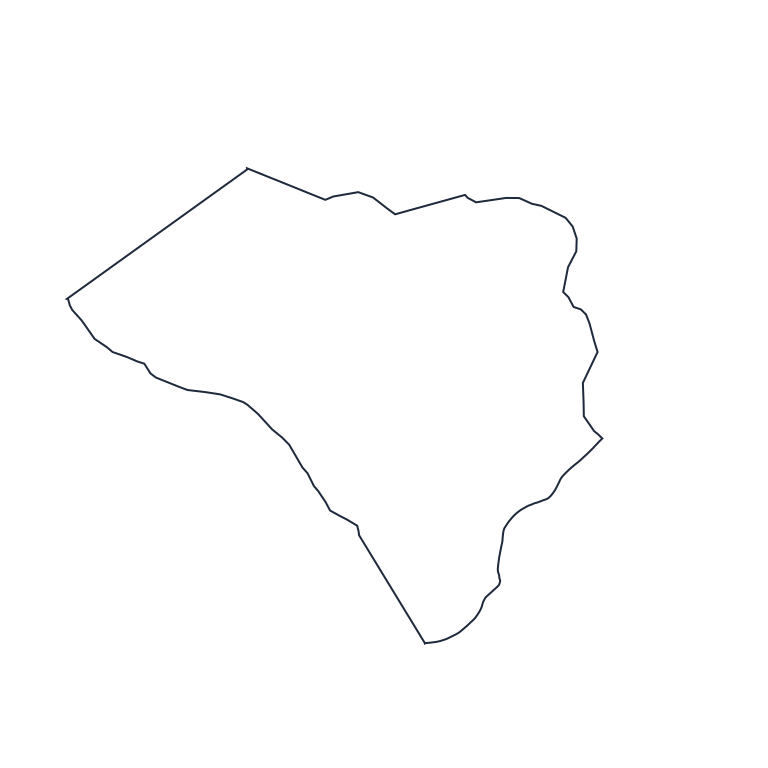 outline of Fond Sabot, Vieux Fort, Saint Lucia, rotated 242°
{"feature_id": "8701671B44376877134949", "entity_name": "Fond Sabot", "entity_type": "district", "adm_level": 2, "iso_a3": "LCA", "parent_name": "Saint Lucia", "parent_adm1": "Vieux Fort", "projection": "equal_earth", "projection_center": [-60.957, 13.777], "detail": "fine", "context": "isolated", "style": "outline", "palette": "slate", "viewbox_px": 768, "rotation_deg": 242, "n_neighbors": 0, "source": "geoboundaries", "source_scale": "gbopen_adm2", "svg_char_len": 2362}
<svg xmlns="http://www.w3.org/2000/svg" viewBox="0 0 768 768"><g transform="rotate(242 384 384)"><path d="M233.4,551.2L239.1,549.4L243.7,547.4L261.7,545.3L267.2,548.1L274.3,551.7L285.6,557.2L291.6,560.1L305.7,579.1L312.0,587.6L314.1,588.0L323.0,589.7L341.0,593.9L350.4,595.0L356.1,593.3L357.5,592.8L363.0,587.6L374.0,587.6L374.7,587.4L381.1,585.4L400.7,601.3L410.9,616.1L420.5,621.6L421.9,622.4L434.4,624.5L445.4,622.4L458.5,613.0L467.4,606.6L473.7,599.2L484.7,590.7L491.0,579.1L496.2,564.5L501.2,550.6L508.3,545.8L509.0,545.3L510.2,545.0L512.9,544.3L524.4,492.6L528.6,473.5L532.7,471.5L537.3,469.3L553.8,461.9L560.1,456.2L565.5,451.3L573.4,427.1L573.8,422.3L574.2,418.6L637.7,365.2L638.2,364.8L638.8,364.3L637.7,363.9L620.0,232.8L608.0,144.0L607.2,144.9L600.9,143.5L595.7,143.5L582.4,146.8L575.8,147.7L559.8,149.6L546.6,156.6L539.6,159.4L528.5,169.7L519.8,176.7L514.5,181.9L503.0,182.8L496.8,185.6L479.0,200.6L471.0,207.6L460.9,222.2L451.9,234.3L442.8,243.2L434.1,251.2L429.9,253.6L416.7,258.7L396.5,263.9L384.3,269.0L374.9,271.8L348.4,272.8L341.1,274.6L326.8,274.2L320.6,275.6L307.3,277.0L297.6,277.0L288.2,283.1L281.6,287.7L271.5,293.8L265.9,292.4L262.1,291.0L136.3,298.4L135.7,298.2L135.6,299.3L134.2,302.6L132.9,306.0L132.0,308.4L131.5,309.9L130.7,312.8L129.8,317.7L129.5,320.1L129.4,322.9L129.3,326.8L129.2,329.2L129.2,331.4L129.5,334.6L130.6,339.7L131.7,344.5L132.8,348.3L133.6,351.5L134.5,354.4L136.1,357.6L137.9,360.9L139.7,363.6L141.5,365.8L143.4,367.6L145.2,369.4L147.0,372.1L147.9,373.5L148.7,376.6L149.6,380.3L150.6,384.1L151.5,387.9L152.4,390.8L153.1,391.8L154.7,393.4L156.0,394.3L158.5,394.8L161.2,395.9L163.1,396.2L165.0,396.6L167.4,397.7L170.4,399.7L174.5,402.6L176.6,404.1L179.3,406.3L182.3,408.7L186.0,411.7L189.2,414.5L192.1,416.3L196.0,418.9L198.1,420.5L200.1,422.5L202.4,426.6L203.1,427.9L204.1,430.0L205.6,433.6L206.4,435.8L207.5,439.5L208.1,442.5L208.6,445.8L208.7,449.4L208.8,452.0L208.7,455.0L208.3,457.7L208.1,460.6L207.4,463.6L206.6,470.0L206.0,473.9L206.2,476.1L207.0,478.9L208.0,481.2L209.0,483.3L210.1,485.3L211.9,488.0L213.4,490.1L215.1,492.5L216.6,494.4L217.7,496.2L218.5,497.8L219.3,500.0L220.4,503.4L221.5,507.2L222.2,510.1L222.8,512.9L223.1,514.4L223.7,517.5L224.5,521.5L225.5,525.2L227.1,531.2L229.2,538.3L230.3,541.3L230.9,543.3L232.1,546.7L232.7,548.7L233.4,551.2Z" fill="none" stroke="#1e293b" stroke-width="2"/></g></svg>